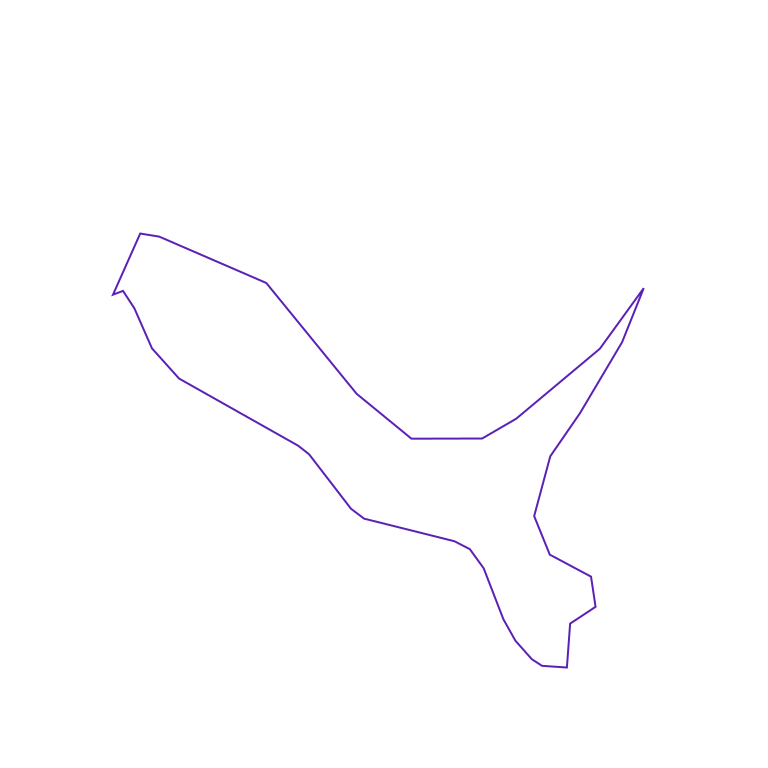 SVG path tracing the border of Ribeira Brava, rotated 204°
{"feature_id": "CPV-5057", "entity_name": "Ribeira Brava", "entity_type": "state/province", "adm_level": 1, "iso_a3": "CPV", "parent_name": "Cabo Verde", "parent_adm1": "", "projection": "natural_earth1", "projection_center": [-24.247, 16.582], "detail": "fine", "context": "isolated", "style": "outline", "palette": "violet", "viewbox_px": 768, "rotation_deg": 204, "n_neighbors": 0, "source": "natural_earth", "source_scale": "10m", "svg_char_len": 586}
<svg xmlns="http://www.w3.org/2000/svg" viewBox="0 0 768 768"><g transform="rotate(204 384 384)"><path d="M101.6,199.4L125.0,190.8L137.0,192.7L159.5,202.9L179.2,217.6L218.0,256.2L238.4,268.0L255.6,269.0L347.4,252.9L363.4,256.6L423.8,289.3L437.2,292.7L573.4,305.6L610.5,322.2L642.8,351.6L660.3,362.9L667.9,355.4L667.9,422.3L649.3,427.2L532.6,428.4L405.0,363.9L336.7,345.2L272.2,374.1L249.1,406.1L201.2,503.9L185.7,577.2L183.5,519.1L193.1,437.0L202.7,385.6L193.1,324.4L163.1,295.5L116.5,292.2L100.1,266.5L116.5,240.8L101.6,199.4Z" fill="none" stroke="#5b21b6" stroke-width="2"/></g></svg>